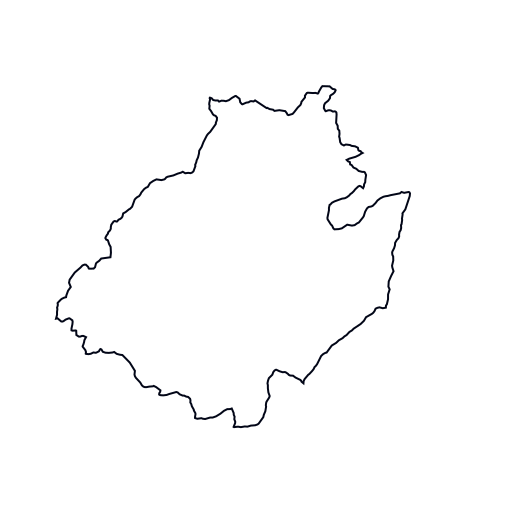 Yarowilca, Huánuco, Peru (Equal Earth projection), rotated 217°
{"feature_id": "86281439B41621224509593", "entity_name": "Yarowilca", "entity_type": "district", "adm_level": 2, "iso_a3": "PER", "parent_name": "Peru", "parent_adm1": "Huánuco", "projection": "equal_earth", "projection_center": [-76.6, -9.812], "detail": "fine", "context": "isolated", "style": "outline", "palette": "ink", "viewbox_px": 512, "rotation_deg": 217, "n_neighbors": 0, "source": "geoboundaries", "source_scale": "gbopen_adm2", "svg_char_len": 6070}
<svg xmlns="http://www.w3.org/2000/svg" viewBox="0 0 512 512"><g transform="rotate(217 256 256)"><path d="M155.9,361.7L156.0,363.6L156.9,365.7L158.8,368.0L158.9,369.0L161.0,372.8L161.8,373.5L163.9,377.4L164.7,378.2L164.8,383.1L169.3,396.4L170.7,398.7L171.9,399.2L172.7,398.9L175.7,395.6L178.3,394.7L178.8,392.6L185.1,385.6L186.8,383.4L188.6,381.6L189.9,380.0L191.4,376.9L192.4,373.4L192.4,370.2L193.0,366.2L193.9,364.7L195.6,362.9L196.0,360.8L195.5,357.1L193.9,352.6L193.8,351.2L194.0,344.7L194.9,342.9L195.8,340.0L197.7,338.0L202.0,335.9L204.1,329.7L206.1,327.3L209.4,324.5L210.8,324.6L213.6,326.1L215.1,326.2L220.9,328.4L221.9,329.4L225.3,336.5L226.7,338.3L228.0,341.2L227.6,341.9L227.4,344.2L226.2,346.8L221.8,353.6L219.8,355.6L218.8,357.6L218.0,360.3L217.9,362.3L217.3,364.0L216.9,366.7L216.9,368.8L216.2,373.0L215.6,374.2L214.5,374.7L211.3,374.6L211.7,376.5L212.8,378.3L213.2,380.7L214.5,382.6L216.8,386.9L219.4,388.3L220.4,388.2L221.8,387.1L225.2,385.7L228.4,386.0L231.4,385.3L234.4,386.2L235.9,385.8L237.6,387.5L239.4,387.0L241.4,387.3L240.1,389.9L236.2,395.1L234.4,398.6L233.7,400.8L232.9,402.4L234.4,402.3L235.6,402.7L236.8,402.1L238.0,402.2L239.8,403.8L242.9,403.2L245.9,401.5L247.7,401.2L250.7,399.5L251.5,398.9L252.3,397.2L255.0,396.7L257.3,397.6L260.3,400.6L261.4,401.3L262.8,403.8L264.9,406.2L267.2,406.8L269.2,409.2L272.1,410.5L276.8,417.5L278.2,419.0L279.1,419.2L280.1,419.0L281.5,417.6L283.8,417.3L285.4,416.4L286.2,415.5L287.4,413.6L288.0,413.6L290.8,414.9L292.4,417.5L292.8,419.5L291.8,423.5L291.9,426.5L293.1,428.5L293.0,429.4L292.0,432.0L291.7,434.1L292.1,436.2L292.5,436.5L293.4,436.5L295.4,435.5L299.3,435.8L305.2,431.6L305.3,429.9L304.7,425.2L304.3,423.8L304.4,422.9L306.6,422.1L308.6,420.4L312.9,417.6L313.5,416.7L313.4,413.5L312.3,412.1L312.5,406.5L311.8,405.1L311.4,403.3L312.0,399.9L312.1,393.6L312.3,391.5L314.8,388.1L315.8,387.8L317.4,388.6L319.8,389.3L325.1,386.5L328.6,383.0L330.4,383.1L333.6,381.5L336.2,381.1L336.6,380.5L350.4,379.7L350.9,378.0L353.2,376.7L354.0,375.6L354.4,374.3L356.1,372.6L358.1,369.0L358.6,368.8L361.1,369.3L363.8,371.7L368.4,371.7L368.9,371.2L370.4,367.7L371.4,364.2L373.2,361.5L375.1,360.6L377.0,359.3L378.4,357.1L380.0,357.3L381.8,355.9L384.0,354.8L386.3,355.3L388.0,354.8L388.8,354.2L388.1,354.3L386.9,353.4L385.4,350.1L384.6,348.9L383.5,348.1L381.9,345.5L379.1,344.7L375.6,343.2L374.3,343.1L372.6,343.6L370.4,343.0L369.0,340.9L368.3,338.3L367.6,337.4L367.5,336.1L367.3,327.6L367.8,324.6L367.8,322.7L366.5,315.3L365.1,310.4L364.7,305.9L363.2,303.5L361.6,299.7L361.0,296.8L360.1,294.8L359.4,292.1L358.5,291.3L356.9,286.0L357.2,284.3L358.1,282.8L360.2,281.6L362.3,279.5L365.2,279.2L366.0,277.5L368.1,274.7L370.5,270.6L374.3,266.1L375.0,264.7L375.0,263.0L375.4,261.9L377.2,259.7L381.6,257.3L383.2,254.2L384.5,250.4L384.0,246.1L385.0,244.2L385.6,242.1L385.8,237.6L385.4,235.7L385.4,233.5L386.3,231.5L386.8,229.2L386.8,227.9L384.6,220.8L385.0,217.8L385.5,216.9L386.6,212.5L387.7,210.1L386.4,207.1L386.3,205.7L386.7,204.0L387.6,202.3L387.7,200.0L388.2,199.5L389.8,199.0L390.5,197.8L390.4,193.9L389.4,191.8L388.4,190.4L388.2,189.6L388.0,188.4L388.3,185.9L387.7,184.8L387.7,182.5L387.3,180.1L386.9,179.5L385.2,178.9L384.3,179.4L383.6,179.3L380.3,177.0L377.6,175.8L373.8,171.3L371.5,167.4L378.1,160.8L378.3,157.9L379.3,154.6L379.2,153.5L377.8,150.2L378.1,148.2L381.7,145.4L382.1,145.4L383.5,146.3L386.6,146.7L387.8,145.9L388.9,144.0L389.2,141.2L390.8,133.7L390.6,125.0L389.2,122.1L385.3,119.8L385.2,115.2L383.7,110.3L382.9,108.8L384.0,107.5L385.2,105.2L385.6,103.9L386.2,99.3L385.9,98.7L385.3,98.3L384.5,97.1L383.7,94.9L382.7,94.1L381.2,91.5L379.5,89.3L378.0,85.6L377.0,86.8L372.1,86.5L371.0,87.3L370.5,88.2L369.8,90.6L368.0,93.5L367.4,94.0L364.0,94.1L362.9,93.2L361.5,90.9L359.7,87.0L358.6,85.6L357.6,85.9L355.1,88.1L354.6,88.1L351.9,84.8L349.0,85.0L348.0,85.7L346.8,87.5L345.7,88.3L342.9,88.9L342.4,85.5L341.5,83.8L340.6,81.4L340.2,79.8L339.9,79.3L335.6,78.1L334.0,77.0L333.2,75.5L332.9,75.5L330.7,76.8L329.1,78.5L327.8,81.1L325.7,82.3L325.4,82.7L324.1,85.3L324.4,87.6L324.1,88.2L323.1,88.3L320.7,87.3L318.0,88.2L315.3,90.0L312.5,92.6L311.5,94.0L308.4,94.0L305.4,95.2L303.1,96.5L292.6,94.9L283.6,91.4L281.7,88.2L280.3,87.1L278.5,86.4L272.3,85.3L269.2,84.0L267.3,83.9L265.8,84.4L264.5,85.4L262.7,87.4L259.8,90.0L259.5,90.7L256.8,91.2L251.5,91.2L250.8,89.9L250.7,88.3L250.1,87.2L249.6,87.0L248.3,87.5L246.2,88.9L243.7,91.3L242.3,93.5L237.8,99.4L236.4,99.9L233.8,99.6L230.5,100.4L229.3,101.3L227.1,101.7L225.4,102.6L222.7,102.3L221.5,101.3L220.3,99.5L218.6,98.8L216.8,97.4L213.3,95.9L212.6,95.2L209.9,94.0L209.2,93.4L207.7,90.5L207.1,89.9L204.9,90.7L202.0,93.6L200.6,94.0L198.5,95.2L195.4,99.4L193.4,100.9L191.4,103.9L189.5,108.7L188.4,113.1L186.8,116.4L184.5,118.2L183.6,119.6L179.4,117.2L178.2,115.8L176.4,114.8L175.1,112.6L172.9,111.2L172.1,110.0L170.8,105.2L170.8,105.9L168.9,107.7L167.6,108.9L165.1,110.2L162.4,113.1L160.1,114.6L158.0,117.5L154.8,120.3L153.4,122.4L153.0,123.8L153.2,131.7L154.2,133.9L155.1,137.6L157.3,141.8L158.3,142.7L159.5,144.8L159.9,145.9L160.3,150.9L160.8,152.4L164.0,154.5L166.9,157.5L168.8,160.0L170.2,161.2L171.4,163.7L172.2,166.2L171.5,171.0L172.3,173.6L172.3,175.5L171.9,176.8L171.3,177.4L167.9,178.1L164.8,179.2L163.1,180.7L162.2,181.0L159.4,181.1L158.4,180.8L156.8,181.1L154.4,182.7L151.3,182.7L146.1,183.7L145.0,183.6L144.0,183.0L141.5,182.9L142.7,184.8L143.1,187.0L142.8,192.6L142.4,193.8L142.0,197.6L141.9,200.2L142.4,202.6L142.1,204.1L142.1,206.3L143.8,215.4L143.3,218.2L142.2,220.6L141.5,221.3L141.6,230.1L139.7,234.9L139.1,238.6L137.4,242.5L137.0,245.0L136.1,247.3L135.7,251.5L134.6,254.3L134.3,256.7L131.5,264.7L130.8,269.2L131.3,273.4L128.6,279.6L128.2,281.2L128.2,283.3L128.8,285.9L127.9,287.6L126.5,289.3L123.3,290.6L121.2,292.9L122.4,294.7L122.4,296.1L124.5,300.9L127.4,304.8L129.2,309.8L131.8,311.2L134.7,315.6L136.1,321.5L137.0,326.6L140.1,328.8L141.5,330.1L143.7,335.1L146.2,338.2L147.8,339.0L149.3,340.6L149.8,341.7L150.4,345.3L151.4,348.1L152.8,350.2L153.2,353.6L152.9,355.8L153.4,357.7L154.7,359.3L155.9,361.7Z" fill="none" stroke="#020617" stroke-width="2"/></g></svg>